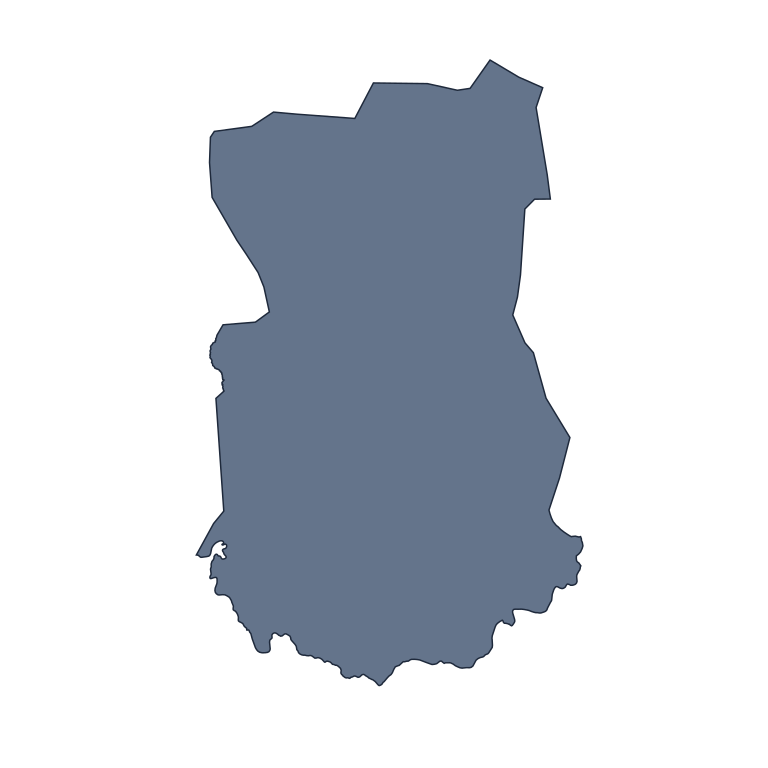 the district of To'morbulag, Hövsgöl, Mongolia, rotated 77°
{"feature_id": "93677404B25273038411096", "entity_name": "To'morbulag", "entity_type": "district", "adm_level": 2, "iso_a3": "MNG", "parent_name": "Mongolia", "parent_adm1": "Hövsgöl", "projection": "orthographic", "projection_center": [100.416, 49.267], "detail": "fine", "context": "isolated", "style": "filled", "palette": "slate", "viewbox_px": 768, "rotation_deg": 77, "n_neighbors": 0, "source": "geoboundaries", "source_scale": "gbopen_adm2", "svg_char_len": 6154}
<svg xmlns="http://www.w3.org/2000/svg" viewBox="0 0 768 768"><g transform="rotate(77 384 384)"><path d="M101.5,408.2L94.2,430.5L103.2,454.9L99.7,492.5L104.5,497.6L129.0,504.2L163.5,509.5L210.9,495.0L226.3,489.1L247.1,481.6L262.5,479.2L288.0,479.5L294.8,495.4L290.1,527.5L298.9,535.8L301.0,536.8L302.1,537.8L303.4,537.9L303.9,538.7L305.0,538.8L305.1,539.0L305.1,539.8L305.5,540.6L305.7,541.7L306.9,542.4L307.4,543.5L308.4,544.5L308.9,544.7L311.0,544.8L312.7,546.1L314.5,546.0L314.9,546.4L316.1,546.5L316.6,547.2L317.8,547.0L319.0,547.6L319.6,547.5L320.3,546.9L321.2,546.8L321.9,546.4L323.0,546.5L324.4,547.2L325.4,546.5L327.5,546.7L328.7,545.6L330.5,545.2L330.7,544.5L331.6,544.0L331.7,543.4L332.0,542.8L332.4,542.5L332.8,541.8L333.5,541.3L334.2,541.3L334.6,540.6L335.1,540.2L336.1,540.2L336.9,539.5L337.7,539.9L338.4,539.6L339.3,539.7L339.9,539.6L340.7,540.0L341.5,539.8L342.3,540.1L342.9,539.9L343.4,540.1L343.9,539.1L344.3,539.1L344.8,540.0L345.2,540.2L346.0,541.5L347.0,541.6L347.5,541.9L347.8,541.4L348.2,541.2L348.9,541.8L349.9,541.4L351.6,542.1L352.3,541.7L353.5,541.9L354.0,541.6L354.9,541.5L360.2,551.0L471.8,568.7L481.6,581.4L508.4,605.3L508.8,604.2L509.1,603.5L511.3,601.9L511.7,601.3L511.9,600.0L512.3,595.5L512.3,593.7L512.0,592.7L511.4,592.0L510.2,591.1L505.2,588.8L503.8,587.6L502.2,585.7L501.3,584.2L500.6,582.5L500.0,579.7L500.0,578.5L500.4,577.1L501.1,576.3L501.8,576.0L503.0,576.0L503.3,576.4L503.8,577.9L504.4,577.8L504.6,577.4L504.6,576.5L504.3,575.3L504.3,574.6L504.8,574.0L505.3,573.7L506.1,573.7L507.1,573.9L507.8,574.4L508.4,575.1L508.6,575.7L508.7,577.5L508.9,578.1L509.2,578.5L509.7,578.8L510.6,578.8L511.8,578.3L514.1,578.0L516.1,576.8L517.0,576.7L517.6,576.9L518.0,577.4L518.4,578.4L518.4,579.9L518.2,580.8L517.8,581.3L517.0,581.7L515.7,582.0L515.1,582.3L514.6,583.0L514.2,584.2L512.7,584.8L512.2,585.4L512.1,586.1L512.6,587.1L513.3,587.9L514.3,588.6L515.1,588.7L515.9,589.1L517.2,590.2L518.1,591.5L520.5,592.9L523.4,593.5L524.6,594.3L525.4,594.7L530.3,595.2L531.1,595.6L532.0,596.5L533.0,597.1L533.9,597.2L534.4,597.0L534.7,596.4L534.4,593.2L534.5,591.8L534.8,591.0L535.5,590.6L536.4,590.5L539.5,591.2L541.0,591.8L544.9,594.4L547.2,595.2L549.1,595.2L550.7,594.5L552.1,593.2L552.5,592.1L553.0,588.5L553.7,586.3L555.2,584.5L556.8,582.9L557.9,582.3L560.9,581.4L562.3,581.4L566.5,580.7L568.8,581.5L570.0,581.7L571.1,580.9L572.0,579.8L574.1,578.9L575.7,578.5L577.7,578.3L578.8,578.4L581.2,579.1L582.1,579.1L583.1,578.4L583.9,577.3L585.6,575.5L588.8,574.6L591.2,572.8L592.8,573.1L593.0,572.7L593.1,571.6L593.3,571.2L593.9,570.9L595.5,570.7L597.2,569.9L602.8,569.7L612.0,568.6L614.2,567.9L615.9,567.0L617.4,565.5L618.5,563.2L619.1,560.2L619.3,557.8L618.9,556.3L617.9,555.2L616.6,554.5L609.8,553.6L608.2,553.0L607.6,552.5L606.8,550.9L606.2,550.2L603.4,549.7L602.6,549.0L602.0,547.9L601.9,546.6L602.3,545.5L603.6,544.1L605.2,543.0L605.6,542.3L606.5,541.4L606.5,539.8L605.3,537.4L605.3,536.1L605.5,535.5L607.2,533.6L608.6,532.3L610.6,532.0L611.3,532.2L612.3,532.1L613.6,531.5L617.6,529.3L619.1,528.7L620.3,528.5L623.3,528.7L624.8,527.9L626.6,527.7L628.2,526.6L629.4,525.1L630.1,523.6L630.4,522.1L631.2,520.6L631.8,518.8L631.9,517.0L632.3,516.0L633.1,515.1L635.5,513.1L635.8,512.0L635.7,510.5L635.9,509.5L636.7,508.1L638.2,506.5L639.5,505.7L641.5,504.6L641.8,504.1L641.3,502.7L641.2,501.9L641.6,500.9L642.7,499.1L643.5,498.4L645.5,497.3L646.1,495.8L647.1,494.6L647.4,493.4L648.7,492.1L651.2,490.4L653.2,490.1L655.9,491.0L656.9,490.8L657.7,490.5L658.3,489.9L659.2,489.7L661.3,487.9L661.9,486.9L662.0,485.7L662.4,484.8L663.0,484.0L662.9,483.0L662.4,482.4L662.3,480.5L661.9,479.2L661.9,478.4L662.3,477.4L663.9,475.4L664.0,474.6L663.9,473.5L662.4,470.9L662.3,470.1L662.4,469.1L663.1,468.2L664.0,467.7L664.7,466.8L666.1,465.5L667.2,464.8L668.1,463.5L669.0,462.6L669.5,461.6L671.9,459.5L675.7,457.5L676.6,456.8L676.8,456.1L676.6,454.9L676.1,453.6L674.5,452.0L674.0,450.8L670.9,446.7L669.6,444.7L668.7,442.5L667.2,440.8L664.2,438.6L662.1,436.6L661.7,434.1L661.6,433.1L661.6,432.5L658.6,427.2L659.0,427.5L659.3,426.3L659.2,424.3L659.5,422.6L658.6,420.3L658.5,419.1L659.1,416.2L659.9,413.7L660.9,411.3L665.0,405.2L668.0,400.5L668.2,399.8L668.4,397.9L668.4,396.2L668.3,395.4L666.7,392.0L666.8,390.8L667.2,390.1L667.9,389.7L669.7,388.2L669.5,386.8L670.5,382.3L670.9,381.6L672.5,379.6L674.6,377.8L676.1,375.9L677.6,373.8L678.4,371.8L678.9,367.6L679.7,364.4L679.7,362.8L678.8,360.8L673.9,356.5L673.3,355.4L672.8,354.4L672.3,352.4L672.2,351.4L672.2,349.1L671.9,348.1L670.6,346.1L670.3,343.8L670.0,343.1L669.3,342.2L665.0,337.8L663.0,337.1L657.3,336.1L656.0,336.0L653.6,335.1L646.0,330.5L644.1,329.1L642.8,327.4L641.4,324.3L641.1,322.9L640.8,322.2L640.9,321.7L642.0,321.3L643.3,321.2L644.2,320.5L644.6,319.0L645.5,317.2L646.1,316.5L646.3,315.8L647.4,315.2L648.3,314.1L648.1,313.3L646.9,311.9L645.5,310.5L644.5,309.9L642.8,309.7L636.2,310.1L635.1,310.0L634.3,309.8L633.6,309.4L632.9,308.4L632.8,307.9L633.0,306.4L633.6,304.1L634.3,300.7L635.2,298.2L636.6,295.0L637.5,293.3L638.8,291.5L640.2,289.1L641.1,287.2L641.1,286.5L642.0,284.3L642.4,282.6L642.1,279.2L641.8,277.7L641.0,276.4L640.4,275.9L639.0,275.0L634.3,271.0L633.0,269.7L632.4,269.3L626.9,267.4L626.0,266.9L622.6,264.8L621.4,263.8L620.3,262.4L620.2,261.6L620.5,260.6L622.5,258.3L623.2,257.0L623.5,255.8L623.2,254.3L622.6,253.0L621.1,251.7L620.4,250.9L620.2,250.1L621.0,248.6L622.1,247.4L622.4,246.0L622.5,245.0L622.3,243.1L622.0,242.3L621.1,241.1L619.7,240.3L615.0,239.6L613.3,239.0L610.4,236.5L609.2,235.1L607.5,234.2L606.3,233.8L605.5,233.1L602.2,234.4L600.8,235.7L599.5,236.1L597.2,235.9L594.7,235.2L593.5,232.6L591.8,230.2L588.8,227.9L586.5,226.6L582.9,226.4L581.1,226.8L579.1,226.5L576.9,226.8L577.0,228.4L575.3,231.8L574.9,234.8L574.9,235.8L573.8,237.1L572.0,238.9L568.9,241.8L565.5,244.6L562.2,246.6L560.7,247.9L556.1,250.2L552.2,251.0L547.7,251.5L543.9,251.6L515.2,234.2L478.0,214.9L434.3,229.3L387.1,231.4L375.6,237.4L345.7,243.0L329.3,234.4L308.5,226.5L245.2,207.4L237.8,195.7L241.2,180.3L217.0,177.9L148.8,173.6L131.0,162.7L115.3,183.7L92.2,207.8L115.3,233.6L114.3,246.4L101.1,274.1L88.3,326.6L118.7,352.7L101.5,408.2Z" fill="#64748b" stroke="#1e293b" stroke-width="1.5"/></g></svg>